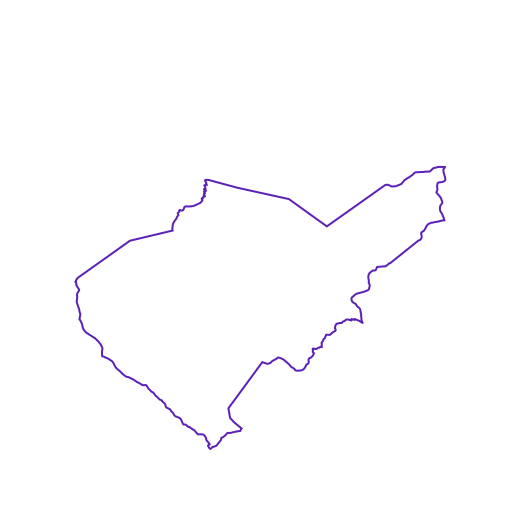 Yorito, Yoro, Honduras (Equal Earth projection), rotated 306°
{"feature_id": "27666195B19722524554409", "entity_name": "Yorito", "entity_type": "district", "adm_level": 2, "iso_a3": "HND", "parent_name": "Honduras", "parent_adm1": "Yoro", "projection": "equal_earth", "projection_center": [-87.306, 15.078], "detail": "fine", "context": "isolated", "style": "outline", "palette": "violet", "viewbox_px": 512, "rotation_deg": 306, "n_neighbors": 0, "source": "geoboundaries", "source_scale": "gbopen_adm2", "svg_char_len": 5993}
<svg xmlns="http://www.w3.org/2000/svg" viewBox="0 0 512 512"><g transform="rotate(306 256 256)"><path d="M439.0,356.5L436.9,353.4L435.4,351.4L434.7,350.7L432.3,348.8L431.7,348.1L431.4,347.9L430.4,347.7L426.9,347.0L426.2,346.6L424.9,345.0L423.8,343.3L423.2,342.9L422.8,342.5L418.0,336.5L417.2,335.7L416.2,335.3L414.0,335.0L410.8,334.0L404.7,331.5L399.8,331.3L394.9,328.3L394.0,327.4L392.1,325.1L391.1,320.6L390.1,319.5L389.3,318.8L321.6,295.9L321.4,249.2L300.2,200.6L289.7,173.1L288.3,170.8L287.9,170.4L287.4,170.3L287.0,170.6L286.6,171.2L286.2,172.5L285.8,172.9L285.3,173.0L285.0,173.7L284.6,174.3L283.1,172.8L282.8,172.7L282.6,172.8L282.4,173.6L281.9,174.4L281.0,175.4L280.7,175.4L279.6,174.7L279.4,174.7L279.2,175.1L279.7,176.8L279.4,177.1L278.7,177.1L277.5,176.2L276.7,177.0L276.7,177.4L276.8,177.7L276.7,177.9L275.5,177.7L275.0,177.7L274.6,178.0L274.5,179.4L274.4,179.5L273.9,179.5L272.7,178.6L272.1,178.7L271.6,179.0L271.4,179.0L270.7,178.3L270.4,178.4L270.2,178.7L270.0,179.5L269.8,179.8L268.9,180.0L266.0,179.6L261.1,176.9L259.6,175.9L258.4,174.7L256.9,173.0L255.1,170.3L254.6,169.9L254.0,169.5L253.3,169.4L251.0,170.0L250.4,170.1L249.9,169.9L249.2,169.5L248.5,167.6L248.3,167.2L248.1,167.1L247.4,167.3L246.7,167.9L244.6,167.5L243.4,169.2L241.3,169.1L239.5,169.6L235.5,169.6L233.5,169.9L232.2,170.4L230.5,171.4L229.2,172.0L228.3,172.8L227.6,173.6L194.2,145.0L133.7,124.7L131.6,124.6L130.3,124.8L129.5,125.5L129.0,125.2L127.8,127.2L126.9,127.6L125.1,132.0L124.6,132.9L124.0,133.1L121.0,133.4L119.6,133.8L118.9,134.3L118.2,135.2L113.8,137.7L113.1,138.3L112.3,139.4L109.3,143.7L108.0,145.3L106.9,146.3L106.3,147.3L105.7,148.0L105.1,148.5L103.4,149.2L101.0,150.4L100.7,151.5L99.6,153.7L98.5,155.4L96.2,158.1L95.2,159.6L94.5,162.1L94.3,163.4L94.3,165.3L94.8,173.9L94.7,175.2L94.4,177.3L93.8,180.3L92.9,182.8L91.9,184.9L91.1,186.0L87.8,187.8L85.6,189.6L84.7,190.1L84.5,190.4L84.6,190.7L85.0,191.5L85.3,193.4L85.9,195.8L86.2,198.8L86.2,201.7L86.0,202.7L83.5,207.7L83.3,208.4L83.0,210.4L82.8,213.5L82.2,217.6L82.0,221.3L82.5,223.0L83.1,224.2L83.5,226.7L83.8,228.2L84.0,229.5L84.1,234.0L84.6,236.3L84.8,240.0L85.2,240.7L86.7,242.5L86.9,243.2L86.5,244.5L85.6,246.6L85.3,248.0L85.2,249.3L84.9,250.6L84.8,251.3L85.1,252.6L85.0,253.6L84.8,254.5L84.2,256.0L83.9,257.4L83.8,259.3L83.3,262.1L83.3,262.6L83.7,264.0L83.8,264.8L83.7,265.0L83.4,265.2L83.3,265.5L83.0,269.0L82.6,269.8L81.4,271.2L81.0,271.8L80.8,272.3L80.8,272.9L81.1,273.9L81.1,275.1L81.4,276.5L81.0,277.8L80.4,279.0L80.5,280.1L80.3,280.8L79.2,283.4L79.0,284.4L79.0,285.2L79.7,287.7L80.0,289.6L80.0,290.8L79.7,291.5L78.9,292.7L77.4,295.4L77.1,296.1L77.4,296.9L78.0,297.6L78.2,298.3L78.2,299.1L78.0,300.5L78.0,301.5L78.0,301.9L78.4,302.5L78.5,303.1L78.5,306.8L78.8,307.7L78.5,309.6L77.8,312.3L77.6,313.8L77.8,314.1L80.2,317.4L80.5,318.4L80.5,319.5L80.2,320.7L79.6,322.0L79.2,322.7L78.3,323.6L77.7,324.7L77.0,327.7L76.6,329.0L76.4,329.2L76.1,329.3L75.6,328.8L75.2,328.7L74.7,328.6L74.4,328.6L73.5,330.2L73.0,331.8L73.1,332.3L73.4,332.7L74.1,332.9L75.7,333.0L76.3,333.4L76.8,334.0L78.0,334.6L78.9,335.3L79.9,335.6L81.2,335.5L86.3,335.8L87.4,335.5L88.3,334.9L90.1,335.8L91.0,336.1L93.8,336.7L95.7,336.8L96.4,337.4L97.9,339.4L99.9,341.0L101.4,342.4L102.5,343.2L103.2,344.1L104.2,345.1L105.2,346.1L105.7,346.1L107.2,345.6L108.0,345.7L108.6,336.0L109.8,330.1L116.6,323.2L173.9,323.5L174.1,324.6L175.3,328.1L175.7,328.9L176.3,329.4L178.0,330.5L180.6,330.9L182.1,331.6L184.0,332.6L185.4,333.1L186.4,333.2L186.8,333.5L187.2,334.2L187.9,336.1L188.4,339.2L187.8,346.1L187.0,349.9L187.0,350.4L187.2,351.6L187.2,353.0L187.2,353.7L186.8,354.5L186.8,355.4L187.1,356.2L187.9,357.4L189.6,359.4L190.9,360.5L192.2,361.0L193.8,361.2L196.1,361.0L197.8,360.6L199.4,361.4L200.1,361.5L201.2,361.0L202.8,359.5L204.0,359.2L205.2,359.5L206.1,360.2L206.5,360.3L208.3,360.5L209.7,360.5L210.1,360.4L210.7,360.0L211.3,360.1L211.8,358.4L212.0,358.1L212.3,357.9L213.8,357.3L214.0,356.5L214.2,356.4L214.8,356.7L215.8,358.8L216.4,359.6L218.5,360.4L219.1,361.1L219.8,361.3L221.1,362.7L222.2,361.6L222.9,361.3L223.7,360.8L224.1,360.2L224.3,360.1L227.0,360.0L228.3,359.6L228.9,359.6L229.7,359.9L230.4,359.9L233.1,359.1L233.5,359.1L233.9,359.5L235.2,361.6L235.8,362.2L239.1,362.9L242.2,364.2L242.7,364.1L243.2,363.8L243.5,363.4L243.8,362.5L244.2,362.2L246.6,361.1L248.5,361.0L249.0,361.3L249.5,362.1L250.7,362.8L251.5,363.8L252.1,364.7L254.1,364.9L255.4,365.8L256.4,366.1L257.4,366.3L258.0,366.7L258.6,367.7L259.3,369.2L259.6,370.4L260.0,371.1L260.3,371.2L260.5,371.1L260.7,370.8L260.7,370.4L260.9,370.3L261.0,370.3L261.9,372.0L262.2,373.2L262.4,373.3L262.6,373.0L262.8,372.9L263.0,372.9L263.1,373.1L264.2,377.6L264.4,380.8L264.5,381.4L264.6,381.5L264.8,381.4L265.0,380.6L266.4,378.8L268.5,377.1L269.5,376.0L270.6,375.5L271.7,374.1L273.4,372.4L274.2,371.3L274.5,370.7L274.7,369.6L274.7,367.7L275.3,366.1L275.8,364.5L275.5,362.0L275.7,360.8L275.9,360.1L276.4,359.4L277.1,358.7L277.7,358.3L278.3,358.0L279.1,358.0L284.0,359.2L285.0,359.9L288.8,363.0L291.8,365.2L293.9,366.5L295.1,366.9L296.2,366.6L299.2,365.3L299.9,364.3L300.6,362.9L301.9,362.2L305.0,359.1L307.2,358.1L309.0,357.9L312.5,358.8L313.2,359.5L314.0,360.6L314.8,361.0L315.4,361.1L317.2,360.6L318.0,360.4L318.3,360.5L321.3,363.8L323.6,366.6L324.4,367.1L327.9,368.0L328.3,368.1L328.8,368.6L329.2,368.8L363.9,378.3L364.9,379.0L366.1,379.4L367.7,379.3L368.8,378.9L370.1,377.8L371.0,376.5L372.0,376.0L372.8,376.1L374.8,376.9L375.4,377.0L378.3,376.8L379.7,376.4L382.9,376.5L386.0,378.3L387.0,379.5L388.6,380.8L391.2,383.4L392.8,384.6L394.4,386.0L395.5,387.4L397.0,385.7L398.0,384.0L399.0,382.6L400.6,378.9L401.1,378.2L401.9,377.4L403.0,376.5L404.5,375.8L405.6,375.5L408.2,375.6L408.7,375.4L409.3,374.8L411.3,371.9L411.8,371.0L412.4,369.0L413.1,365.7L413.3,364.9L413.6,364.5L416.2,363.9L419.0,361.4L421.1,360.3L422.0,360.2L422.5,360.3L422.9,360.6L425.6,363.5L427.7,364.5L428.5,364.5L429.3,364.1L430.5,363.0L434.1,358.5L435.7,357.0L436.2,356.7L438.4,356.7L439.0,356.5Z" fill="none" stroke="#5b21b6" stroke-width="2"/></g></svg>